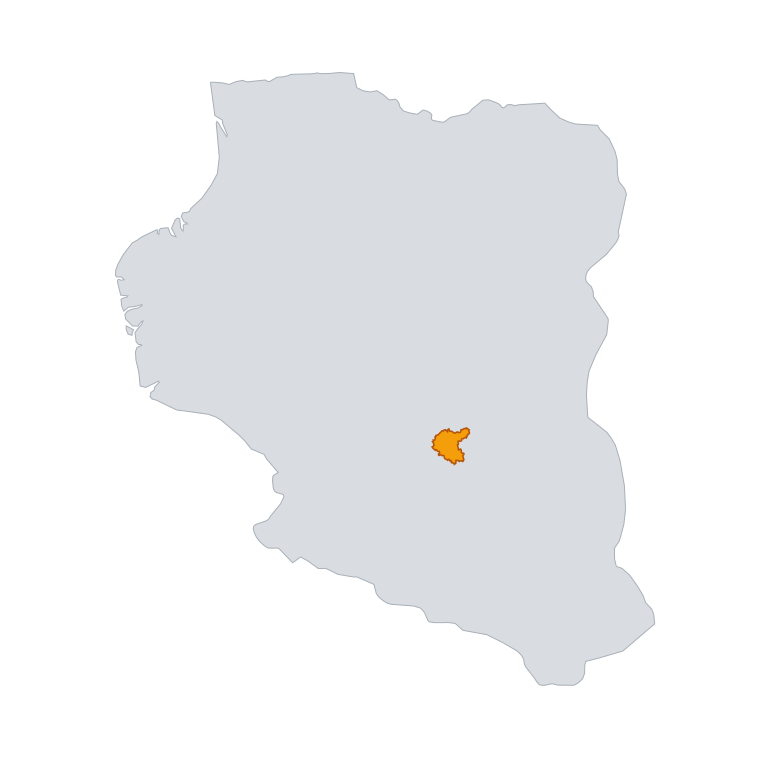 Bauchi, Bauchi, Nigeria shown in context, rotated 85°
{"feature_id": "59680162B24167581171767", "entity_name": "Bauchi", "entity_type": "district", "adm_level": 2, "iso_a3": "NGA", "parent_name": "Nigeria", "parent_adm1": "Bauchi", "projection": "mercator", "projection_center": [9.889, 10.254], "detail": "fine", "context": "in_parent", "style": "filled", "palette": "amber", "viewbox_px": 768, "rotation_deg": 85, "n_neighbors": 0, "source": "geoboundaries", "source_scale": "gbopen_adm2", "svg_char_len": 8475}
<svg xmlns="http://www.w3.org/2000/svg" viewBox="0 0 768 768"><g transform="rotate(85 384 384)"><path d="M646.5,135.2L670.8,169.3L675.9,194.7L677.9,207.1L681.9,208.6L689.4,209.3L694.9,211.8L698.2,215.9L700.2,219.7L700.6,222.0L699.1,237.2L697.2,242.6L698.2,250.1L697.9,253.3L697.1,255.4L693.7,257.9L689.1,260.4L678.1,267.6L675.0,268.6L670.4,268.8L666.4,270.6L661.7,274.5L651.5,288.9L642.7,303.4L636.3,326.8L628.7,334.0L627.3,340.5L626.1,355.1L624.9,359.5L623.7,360.8L615.4,363.5L610.6,366.9L607.8,373.5L604.1,395.8L602.8,399.5L600.1,403.4L595.9,407.6L592.2,409.9L582.7,411.5L573.7,428.3L573.6,431.2L569.6,446.5L562.6,458.0L562.2,465.3L553.5,475.5L549.0,482.3L553.6,489.5L554.0,490.7L539.0,502.8L538.1,504.6L537.5,513.0L536.3,515.3L533.6,518.4L529.6,521.8L525.5,524.4L520.9,526.2L516.4,526.9L513.9,525.8L512.5,523.3L510.0,513.0L508.7,510.8L505.9,508.8L494.4,497.5L487.4,493.5L485.9,493.8L484.8,494.9L482.8,500.6L480.8,502.7L477.2,503.4L470.8,503.5L466.1,502.7L465.1,501.5L462.9,497.1L448.6,507.4L443.6,509.7L437.2,521.9L428.2,527.9L422.0,533.2L405.4,549.8L402.1,554.6L398.8,561.9L391.7,593.0L380.2,612.4L378.7,616.6L378.0,616.4L376.5,618.2L372.1,617.0L370.1,613.4L367.3,612.9L362.6,607.6L361.6,608.5L366.6,621.8L364.7,627.1L350.7,627.2L338.6,629.0L330.3,628.8L326.1,626.9L324.3,621.9L323.6,622.4L323.2,625.1L320.5,627.2L311.2,627.6L307.1,624.2L303.8,620.3L300.2,618.6L300.8,620.3L304.9,624.0L304.3,629.4L296.9,635.6L292.1,636.0L289.1,633.3L287.6,628.9L286.8,622.4L284.9,618.2L283.8,618.2L285.1,625.2L285.2,631.8L288.7,636.9L283.3,638.5L276.7,638.6L275.8,636.8L275.0,632.5L273.9,631.4L272.5,638.6L259.0,640.6L257.1,640.3L256.7,638.9L257.7,637.0L257.5,633.8L254.5,636.2L254.0,641.2L252.3,642.0L247.2,641.3L241.6,638.7L232.4,632.5L221.3,622.3L219.4,617.7L216.2,612.1L210.4,596.7L211.5,596.0L214.1,596.8L215.3,595.3L210.7,594.3L209.7,593.2L209.4,589.7L209.6,585.5L216.6,583.4L218.3,580.8L219.2,578.3L210.5,582.1L202.4,577.8L200.6,575.1L201.5,573.1L211.0,572.9L214.3,571.0L212.2,570.3L208.7,570.3L207.3,569.0L207.4,565.8L206.3,566.6L204.7,569.4L199.2,571.4L196.0,569.4L195.7,564.7L195.0,562.7L192.3,561.1L182.7,548.9L170.6,538.7L159.9,531.7L143.7,528.3L109.8,528.4L107.9,527.5L110.0,525.9L113.0,524.8L123.9,519.1L122.0,518.4L110.7,521.9L106.8,522.2L101.8,529.1L68.4,530.6L68.5,527.4L70.0,518.5L72.1,512.3L69.8,504.7L69.2,497.9L70.6,495.8L71.1,493.2L70.8,475.8L72.6,473.2L72.6,471.4L69.1,463.9L69.2,458.2L68.5,452.7L67.4,450.1L68.7,428.8L68.3,423.5L69.4,419.7L69.9,410.5L69.8,401.4L72.1,387.2L86.4,385.3L89.9,379.7L91.9,372.5L91.2,365.5L95.9,359.4L101.5,353.9L101.3,347.9L102.8,346.1L105.5,344.7L109.3,344.0L113.6,341.0L115.9,335.7L118.3,327.4L114.6,321.5L114.7,320.2L116.0,317.1L118.3,314.0L120.1,312.9L124.2,313.8L125.6,312.5L128.3,303.2L128.0,300.7L124.1,294.5L122.0,277.8L120.9,275.6L117.9,272.5L109.9,260.7L110.0,255.1L113.4,247.9L115.6,244.4L118.6,242.5L119.3,240.8L118.3,238.8L116.8,237.3L116.5,234.0L118.0,229.5L117.6,224.6L118.3,199.2L124.8,194.2L134.3,185.8L139.1,177.2L141.7,170.6L144.9,148.7L149.9,146.3L159.4,138.3L172.3,133.6L180.7,132.2L195.4,133.1L202.9,132.3L209.3,128.0L212.1,126.8L216.2,126.0L252.9,137.4L256.2,136.9L259.0,137.7L263.6,140.7L274.4,151.3L285.8,167.7L289.3,171.3L292.8,173.2L296.4,173.9L299.2,173.6L301.8,172.0L305.3,168.9L310.7,167.5L315.1,167.8L338.0,155.2L340.2,155.0L354.2,157.8L373.4,170.4L389.0,178.6L400.0,181.4L412.9,183.3L434.9,183.9L451.5,166.2L457.6,162.4L465.0,158.9L480.5,155.6L506.1,153.4L530.1,154.3L545.1,157.4L560.8,163.2L567.6,168.7L578.2,169.6L585.9,168.5L588.4,163.0L596.0,155.8L607.5,149.1L616.9,144.5L624.6,142.4L631.5,137.0L637.0,135.4L646.5,135.2ZM312.1,634.5L307.0,636.1L303.6,635.7L308.2,628.7L310.5,630.2L313.5,630.8L312.1,634.5Z" fill="#d9dde1" stroke="#a8b0b8" stroke-width="1"/><path d="M470.1,320.9L469.6,320.2L469.6,319.6L469.3,319.4L469.1,319.4L468.8,319.5L468.3,319.2L467.7,319.1L467.0,319.1L466.8,319.2L466.7,319.0L466.4,318.9L466.5,318.7L466.4,318.5L466.7,317.9L466.6,317.4L466.6,317.0L466.6,316.7L466.9,316.3L467.5,316.1L467.8,315.7L467.6,315.5L467.4,315.4L467.3,314.6L467.2,313.8L467.4,313.4L467.2,313.3L467.3,312.9L467.9,312.7L468.1,312.2L466.7,311.2L466.1,311.3L465.9,311.1L465.7,311.2L465.6,311.3L465.4,311.3L465.2,311.3L465.2,311.2L464.9,311.3L464.4,311.5L464.2,311.4L463.6,311.5L463.3,311.7L462.8,311.8L462.5,311.9L462.3,311.7L462.0,311.5L461.8,311.2L461.6,311.1L461.5,310.9L461.3,310.8L461.2,310.8L460.8,310.4L460.0,310.6L459.8,311.0L459.7,312.2L458.9,312.9L458.7,312.9L458.3,313.0L457.4,312.8L456.6,312.8L456.0,313.0L455.8,313.6L455.7,313.8L455.4,313.9L455.6,314.3L455.8,314.6L456.2,315.5L455.8,315.7L455.4,315.7L454.6,315.6L454.1,315.6L453.6,315.7L453.0,315.8L452.7,315.9L452.2,316.0L451.4,316.1L450.8,316.1L450.8,315.7L450.7,315.2L450.0,315.0L449.5,315.1L449.0,315.2L448.3,315.4L447.9,315.3L447.3,315.1L447.6,313.5L447.6,313.4L447.7,313.1L447.5,312.3L447.2,311.6L446.9,311.6L446.7,311.7L445.6,311.5L445.4,311.3L445.2,311.0L445.5,309.8L445.3,309.6L445.0,309.2L444.7,308.2L444.5,307.9L444.5,307.2L444.7,306.9L444.9,306.6L443.9,306.1L443.5,306.5L443.2,306.2L442.9,305.8L442.8,305.5L442.6,305.4L442.3,305.3L442.1,305.3L442.1,305.0L441.9,304.9L441.5,304.9L441.2,304.4L440.9,303.8L441.0,303.6L440.5,303.2L440.2,303.3L440.1,303.2L439.6,303.2L438.5,303.6L438.0,303.6L437.3,303.0L436.7,303.6L436.0,304.4L435.9,305.0L434.9,305.5L435.0,305.7L435.2,305.9L435.2,306.1L435.4,306.2L435.5,306.3L435.4,306.4L435.3,306.5L435.4,307.0L435.5,307.0L435.5,307.3L435.4,307.5L435.4,308.0L435.6,308.3L435.7,308.6L435.7,308.9L435.8,309.0L436.0,309.2L436.2,309.5L436.3,309.7L436.4,309.8L436.3,310.1L436.2,310.3L436.2,310.7L436.2,310.9L436.2,311.1L436.5,311.0L436.8,311.3L437.0,311.4L437.2,311.5L437.3,311.5L437.6,311.6L437.9,311.7L438.0,311.7L438.5,311.9L438.5,312.0L438.6,312.3L438.8,312.5L439.0,312.7L439.0,312.9L439.0,313.2L438.9,313.4L438.8,313.5L438.9,313.8L438.9,314.0L438.7,314.1L438.7,314.3L438.5,314.5L438.4,314.5L438.2,314.7L438.2,314.8L438.3,314.9L438.2,315.0L438.2,315.3L438.3,315.5L438.4,315.8L438.3,316.1L438.5,316.2L438.6,316.3L438.7,316.5L438.8,316.5L438.9,316.8L438.8,317.0L438.9,317.3L439.0,317.4L439.1,317.5L439.0,317.8L439.1,318.1L439.1,318.3L439.0,318.5L438.7,318.8L438.2,319.3L437.9,319.6L437.5,320.0L437.2,320.3L437.1,320.7L437.0,320.8L436.9,321.1L436.8,321.5L436.8,321.8L436.7,322.0L436.6,322.6L436.7,322.9L436.3,323.0L436.1,323.1L435.9,323.1L435.7,323.1L435.3,323.0L435.2,323.0L434.7,323.1L434.6,323.3L434.4,323.3L434.4,323.5L434.5,323.5L435.0,324.4L435.6,324.7L435.7,324.9L436.9,325.0L435.2,326.4L435.5,326.8L434.9,327.2L435.2,328.5L435.3,328.6L436.0,329.2L435.7,329.5L435.8,330.6L436.6,331.3L437.3,332.2L438.2,333.3L439.0,334.1L439.5,334.5L439.4,334.9L439.4,335.2L439.4,335.4L439.5,335.5L439.7,335.9L440.0,336.2L440.0,336.4L439.8,336.8L440.1,337.0L440.3,337.0L440.6,337.0L440.9,337.4L441.0,337.4L441.0,337.7L441.1,337.8L441.6,337.8L441.8,337.7L442.1,337.5L442.4,337.6L442.8,337.6L443.1,337.9L443.4,338.1L444.1,338.4L444.3,338.5L444.2,338.6L444.2,339.4L444.2,339.6L444.3,339.5L444.6,339.5L444.9,339.7L445.1,339.9L445.4,340.0L445.6,340.5L445.7,340.8L446.0,340.6L446.2,340.4L446.4,340.2L446.6,340.1L446.8,339.9L447.5,339.7L447.8,339.8L448.0,339.8L448.4,339.8L448.7,339.8L449.1,339.5L449.6,339.5L449.9,339.7L450.1,339.9L450.2,340.3L450.5,340.7L450.6,341.2L450.8,341.3L450.9,341.6L451.2,341.5L451.6,341.3L452.1,340.9L453.0,340.3L453.2,340.0L453.4,339.9L453.6,339.6L454.0,339.1L454.5,338.7L454.1,338.3L453.8,337.9L453.9,337.7L454.1,337.6L454.6,337.3L454.9,337.2L455.2,336.9L455.4,336.7L455.6,336.4L455.9,336.1L455.9,335.3L455.9,334.8L456.1,334.7L456.3,334.7L456.3,334.8L456.5,334.9L457.0,334.6L457.4,334.5L457.6,334.6L457.9,334.7L458.0,335.0L458.3,335.5L458.5,335.8L458.9,335.9L459.2,335.9L459.3,335.7L459.7,335.7L460.0,335.4L459.9,335.2L459.6,334.9L459.6,334.7L459.4,334.6L459.3,334.3L459.4,334.1L459.6,333.9L459.5,333.7L459.9,333.1L460.2,332.8L460.5,332.3L460.3,332.1L460.2,331.5L460.3,331.4L460.3,331.1L460.9,330.4L462.4,330.3L462.7,330.3L462.9,330.2L463.2,330.1L463.4,330.1L463.6,329.9L463.9,329.6L464.3,328.9L464.6,328.4L464.7,328.2L465.4,327.4L465.1,327.3L464.7,326.7L464.7,326.4L464.8,326.1L464.8,325.7L465.0,325.7L465.3,325.6L465.6,325.7L465.9,325.2L466.2,325.2L466.4,324.8L466.0,324.5L466.1,324.1L466.1,323.9L466.6,323.5L466.9,323.6L467.7,323.6L468.1,323.8L468.3,323.7L468.4,323.1L468.7,322.3L468.7,322.0L468.8,322.0L468.9,321.8L468.9,321.6L469.0,321.4L469.1,321.2L469.3,321.1L469.5,321.1L469.7,320.9L469.8,320.9L470.0,320.9L470.1,320.9Z" fill="#f59e0b" stroke="#b45309" stroke-width="1.5"/></g></svg>